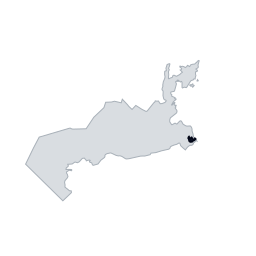 location of Dzharkurgan, Surkhandarya, Uzbekistan, rotated 312°
{"feature_id": "79887680B28452062330935", "entity_name": "Dzharkurgan", "entity_type": "district", "adm_level": 2, "iso_a3": "UZB", "parent_name": "Uzbekistan", "parent_adm1": "Surkhandarya", "projection": "natural_earth1", "projection_center": [67.558, 37.554], "detail": "fine", "context": "in_parent", "style": "filled", "palette": "ink", "viewbox_px": 256, "rotation_deg": 312, "n_neighbors": 0, "source": "geoboundaries", "source_scale": "gbopen_adm2", "svg_char_len": 4585}
<svg xmlns="http://www.w3.org/2000/svg" viewBox="0 0 256 256"><g transform="rotate(312 128 128)"><path d="M197.8,116.2L201.4,114.6L203.5,115.7L203.6,116.3L201.4,117.5L199.5,118.2L198.9,119.7L196.9,120.4L194.9,122.6L191.9,124.8L191.8,125.2L192.1,125.6L193.1,125.8L195.2,127.0L197.2,126.3L197.6,126.5L198.2,127.2L198.7,129.2L199.6,129.7L202.5,130.7L204.6,130.8L205.7,131.2L205.9,131.0L206.0,128.0L206.9,128.5L207.9,128.2L208.2,126.7L208.0,125.7L208.7,125.2L209.1,125.6L209.2,126.4L210.2,127.0L211.0,128.5L211.2,130.1L213.2,130.6L213.9,130.3L214.5,130.4L214.8,132.6L215.1,132.7L216.8,132.3L218.4,133.2L220.2,134.8L222.2,134.9L222.6,135.2L224.0,134.9L225.6,135.4L225.7,135.6L225.4,136.0L221.6,137.9L220.5,139.3L219.7,139.7L217.3,139.0L217.0,139.8L217.4,140.6L216.9,141.5L215.7,141.2L215.4,140.7L214.3,141.0L213.0,142.4L212.3,143.5L211.1,143.9L209.3,145.1L208.6,144.1L207.4,144.3L205.7,143.3L204.9,143.1L197.4,144.4L196.9,144.2L196.1,142.6L194.2,141.7L194.3,141.0L198.0,137.7L198.5,136.7L197.2,136.1L197.4,135.2L194.9,132.6L194.4,132.4L194.1,132.5L193.2,134.5L186.6,137.8L185.7,137.5L184.2,136.3L183.2,135.8L182.0,136.9L182.1,138.2L180.9,139.1L182.0,142.6L181.9,143.0L181.0,143.1L181.7,144.4L181.2,144.6L178.0,144.1L174.3,144.9L174.4,145.4L177.7,145.3L178.2,145.5L178.2,146.0L176.3,146.5L176.1,147.1L177.1,148.6L176.6,148.9L176.0,148.6L175.5,149.6L174.4,149.6L173.8,152.5L172.9,153.5L171.7,154.0L163.9,152.7L161.9,153.6L160.5,154.9L159.7,158.1L159.8,158.5L163.1,159.7L163.6,161.7L167.6,161.8L168.3,162.1L168.7,162.6L168.8,163.2L167.7,166.3L168.2,169.2L168.8,170.5L171.2,172.9L171.1,174.3L170.6,175.5L169.9,176.5L169.2,177.0L168.2,178.3L167.3,180.0L165.6,182.1L165.0,183.3L164.8,186.8L164.4,187.9L164.3,187.5L163.7,187.1L161.9,187.0L161.6,186.5L159.3,187.3L157.9,187.0L156.4,185.5L153.6,185.0L150.1,185.3L150.0,181.7L150.1,179.0L151.3,176.9L151.3,176.5L150.7,175.8L148.6,175.2L146.1,173.6L143.8,172.5L142.5,172.1L141.0,172.7L139.6,172.5L133.5,168.2L128.3,165.1L124.7,161.9L123.0,162.3L118.5,159.3L115.6,156.2L105.9,149.3L104.0,147.6L103.5,146.7L102.8,142.5L102.0,140.6L100.8,139.5L99.7,137.5L98.2,132.5L97.7,131.6L94.8,129.5L93.1,129.0L91.9,129.3L91.2,130.1L90.2,130.2L85.9,129.4L81.2,129.8L77.1,127.2L76.9,126.8L76.9,126.1L77.8,124.4L77.6,123.7L77.1,122.9L77.1,122.1L77.5,121.6L78.3,121.8L78.6,121.5L78.5,121.0L77.5,120.0L75.7,119.0L76.1,118.4L76.2,116.8L76.5,115.9L76.3,115.6L74.9,114.4L70.3,114.4L69.2,114.0L68.3,113.6L67.5,111.8L67.1,111.3L63.9,110.6L60.7,107.5L60.0,108.9L59.4,109.2L57.0,108.8L55.7,109.7L58.6,112.8L59.3,113.8L59.2,114.4L58.3,114.5L57.6,112.9L57.1,112.5L54.3,111.7L53.3,112.6L53.0,113.9L51.7,115.9L50.2,116.3L46.8,116.4L45.7,116.9L45.0,117.4L43.6,119.3L41.9,120.7L42.2,126.5L43.3,127.9L42.1,129.2L30.3,128.3L32.6,76.1L49.6,71.2L61.8,68.1L88.6,84.6L89.3,85.2L89.6,86.6L90.3,87.8L99.4,97.4L113.1,95.4L127.0,96.5L132.2,94.2L136.3,98.4L138.8,100.0L142.2,106.1L145.6,104.5L145.0,111.9L144.6,114.1L144.5,118.6L150.0,118.7L151.2,125.9L152.4,130.4L153.6,130.9L164.1,130.3L164.9,130.6L166.4,130.1L167.3,131.6L168.4,132.5L167.6,135.7L168.9,136.9L171.8,138.4L173.6,138.3L174.0,137.8L173.9,137.1L173.4,136.3L173.5,135.4L173.8,134.7L175.5,132.3L178.3,130.0L179.0,129.2L179.2,127.7L180.2,126.9L182.6,125.9L183.0,125.2L186.0,123.3L189.3,122.2L190.9,121.2L192.3,119.4L194.5,117.5L195.3,117.5L195.9,118.1L196.4,118.1L197.8,116.2ZM197.3,133.8L196.9,132.9L196.4,132.6L196.1,132.7L197.0,133.9L197.3,133.8ZM203.8,148.8L201.6,148.8L202.0,147.4L201.1,146.7L201.0,146.0L201.1,145.3L201.7,145.1L202.3,146.1L204.1,146.6L203.5,147.5L203.9,148.6L203.8,148.8ZM210.5,147.3L210.1,148.6L209.1,148.0L209.2,147.7L210.5,147.3Z" fill="#d9dde1" stroke="#a8b0b8" stroke-width="1"/><path d="M165.2,185.7L165.2,185.3L165.2,184.8L165.2,184.7L165.0,184.8L164.7,184.7L164.3,184.6L163.8,184.3L163.3,184.0L163.0,184.0L163.0,183.8L163.0,183.4L163.2,182.9L163.5,182.3L163.8,181.8L163.8,181.5L163.6,181.3L163.4,181.4L163.0,181.4L162.5,181.4L162.3,181.6L162.2,181.9L161.8,181.8L161.8,181.7L161.7,181.6L161.9,181.5L162.0,181.3L161.7,181.2L161.8,180.8L162.1,180.7L162.0,180.2L162.3,179.6L162.4,179.3L162.6,179.0L162.4,178.9L162.2,179.1L162.0,179.4L161.8,179.8L161.6,179.8L161.4,179.7L161.2,179.2L160.8,179.4L160.5,179.7L160.5,180.1L160.3,180.5L159.8,181.2L159.5,181.8L159.2,182.0L159.2,182.5L159.1,182.9L159.2,183.2L159.2,183.6L159.5,183.6L159.7,183.8L160.1,183.8L160.3,183.7L160.3,184.0L160.2,184.4L160.4,184.4L160.7,184.1L160.9,184.3L161.0,184.5L160.9,184.7L160.9,185.0L162.0,185.0L162.4,185.1L162.9,185.5L163.7,185.6L164.2,185.6L164.6,185.9L165.2,185.7Z" fill="#0f172a" stroke="#020617" stroke-width="1.5"/></g></svg>